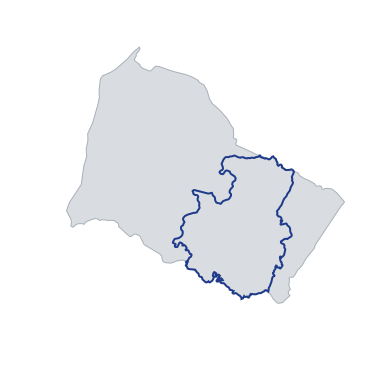 Northern on a map of Ghana (Albers equal-area conic projection), rotated 124°
{"feature_id": "GHA-2155", "entity_name": "Northern", "entity_type": "Region", "adm_level": 1, "iso_a3": "GHA", "parent_name": "Ghana", "parent_adm1": "", "projection": "albers", "projection_center": [-0.881, 9.332], "detail": "fine", "context": "in_parent", "style": "outline", "palette": "blue", "viewbox_px": 384, "rotation_deg": 124, "n_neighbors": 0, "source": "natural_earth", "source_scale": "10m", "svg_char_len": 8563}
<svg xmlns="http://www.w3.org/2000/svg" viewBox="0 0 384 384"><g transform="rotate(124 192 192)"><path d="M233.0,55.1L235.7,57.7L236.3,59.2L235.3,64.8L233.4,68.8L232.1,72.5L232.3,74.3L233.5,76.2L237.7,79.0L239.8,80.9L242.3,83.8L245.2,86.6L250.2,90.2L252.3,90.8L252.2,91.8L251.5,93.2L251.1,106.8L250.7,110.3L250.4,112.1L249.9,117.1L249.4,117.8L248.5,117.8L247.6,118.0L247.4,119.0L247.8,120.0L250.8,120.7L250.1,121.5L247.9,122.2L246.9,123.7L247.3,125.5L246.1,126.9L246.4,127.8L247.2,128.5L248.5,128.2L252.0,125.9L253.5,125.6L255.3,126.1L258.6,129.7L258.8,131.4L257.5,137.4L256.1,142.0L255.9,148.1L257.3,151.6L257.2,153.5L255.6,155.1L252.2,157.5L252.4,159.1L254.0,162.1L257.0,165.5L262.7,169.6L265.7,175.0L265.8,177.2L264.1,179.4L262.0,181.4L261.4,184.1L262.4,202.3L257.9,210.2L257.8,212.4L258.3,215.0L259.5,216.6L261.8,217.0L263.7,218.6L263.1,224.1L262.1,229.7L261.9,232.5L261.4,233.8L259.6,234.8L259.0,236.6L259.4,238.8L259.1,240.4L260.1,242.5L262.1,245.1L265.5,251.6L266.8,252.1L267.3,253.5L267.0,254.8L268.3,257.7L272.0,260.6L275.9,263.1L279.1,263.4L279.8,265.6L281.9,268.5L283.4,269.7L285.8,270.5L287.8,271.0L287.9,273.4L284.3,275.0L282.0,277.5L280.1,281.4L277.6,285.6L268.9,287.8L265.6,287.8L247.7,288.0L231.0,296.2L221.4,299.2L215.5,303.8L207.5,307.1L201.9,311.1L190.3,313.0L171.3,319.2L165.4,321.7L159.4,326.1L149.6,331.1L145.7,331.1L138.1,326.3L132.3,323.8L118.3,320.1L107.8,318.6L102.7,317.0L101.3,316.8L102.5,315.1L105.5,315.0L108.5,315.5L110.9,314.2L114.3,314.0L115.2,312.7L115.5,309.2L115.5,306.5L116.7,305.2L117.0,301.9L115.4,294.7L114.2,293.8L108.1,292.7L107.6,291.3L106.5,289.8L105.4,286.0L104.1,280.4L102.0,273.5L97.9,262.1L96.9,258.0L96.3,253.9L96.1,249.0L97.0,247.2L96.9,244.6L96.5,242.1L99.5,236.3L105.2,229.2L106.4,226.7L107.4,224.9L107.6,222.3L108.7,214.1L111.4,204.1L113.1,200.3L114.3,198.2L115.7,194.9L116.1,193.3L121.3,189.4L123.7,188.4L124.2,186.8L123.4,185.2L123.8,184.0L125.0,183.4L127.0,183.0L128.4,181.4L126.2,169.0L124.5,156.7L124.4,155.6L123.4,153.9L122.3,148.8L120.6,145.8L118.2,144.9L118.2,142.1L120.7,137.4L121.3,134.6L120.2,133.8L120.0,131.6L120.9,128.1L120.5,126.0L120.0,123.7L117.5,118.3L116.9,114.5L118.2,112.2L118.2,107.3L116.9,99.8L116.7,95.0L117.6,93.0L117.2,91.2L115.3,89.4L115.2,87.6L116.8,85.9L116.6,84.6L114.6,83.6L112.9,81.3L111.3,77.6L111.7,71.7L114.7,60.9L115.1,60.0L118.4,60.1L118.4,60.5L128.8,60.5L140.6,60.4L154.8,60.3L167.6,60.2L168.2,59.7L170.3,59.1L183.3,60.3L191.4,59.7L194.8,60.1L197.4,60.8L203.0,60.3L206.0,60.6L208.2,63.3L209.1,63.3L210.4,62.1L212.6,60.8L214.9,59.8L216.6,57.7L217.5,56.1L219.0,56.4L221.2,56.3L222.6,54.9L223.1,52.9L233.0,55.1Z" fill="#d9dde1" stroke="#a8b0b8" stroke-width="1"/><path d="M232.0,73.1L231.8,74.2L231.8,75.1L232.2,76.0L233.0,76.6L234.5,76.8L235.5,77.6L237.2,78.2L238.4,80.0L240.7,81.5L241.4,82.2L243.7,86.4L244.0,86.4L244.4,85.7L246.0,86.2L247.2,85.8L247.7,85.9L248.1,86.3L248.1,86.8L247.9,87.6L248.4,88.4L249.1,89.0L249.6,89.7L249.2,90.6L251.7,90.3L253.0,91.2L251.9,92.0L251.6,93.4L251.3,94.0L251.4,95.4L251.2,98.5L251.6,99.6L252.9,100.4L253.1,101.3L252.9,102.1L251.0,102.3L251.3,102.7L251.0,103.7L251.9,105.8L251.9,106.2L251.0,107.1L250.7,107.7L250.6,108.3L250.8,110.6L249.9,113.9L249.9,114.8L250.8,116.0L251.0,116.6L251.1,117.4L250.9,118.2L250.5,118.7L249.7,118.8L249.0,118.4L247.9,117.2L247.3,118.5L247.3,119.7L248.0,120.6L249.3,120.8L251.0,120.3L251.9,120.5L252.3,121.4L252.0,122.0L251.3,122.2L250.5,122.1L249.9,121.7L249.1,122.2L248.1,122.2L245.9,122.0L245.6,123.5L245.8,123.9L247.0,124.7L248.0,124.5L248.7,124.5L249.0,125.0L248.9,125.4L248.3,125.8L247.7,126.1L245.9,126.4L245.9,127.0L246.2,127.7L245.8,128.2L246.0,128.8L246.8,128.9L247.6,128.7L249.6,128.0L249.9,127.8L250.1,127.4L250.2,126.5L250.4,126.2L251.1,125.9L253.7,125.6L254.5,125.7L256.8,126.6L257.1,126.9L257.2,127.4L256.8,128.4L258.1,128.9L258.9,129.5L259.2,130.6L258.8,132.8L258.7,134.0L258.5,134.6L257.3,135.8L257.2,136.6L257.8,138.2L257.8,138.9L257.3,139.7L256.3,140.6L256.0,141.0L255.8,143.1L255.1,144.5L254.7,145.8L255.2,147.2L257.3,150.7L257.9,152.8L256.9,154.2L256.7,154.7L256.5,156.0L256.0,156.2L254.6,155.9L254.2,156.1L254.4,156.3L254.1,157.0L253.7,157.5L253.2,156.5L252.7,156.3L252.2,156.4L251.9,156.8L252.0,157.4L250.3,157.2L248.1,157.5L246.2,156.7L245.5,156.8L244.4,157.2L244.1,157.5L244.0,158.0L244.3,158.4L244.4,158.9L243.6,160.7L242.7,161.8L242.5,162.5L242.9,163.5L243.6,164.1L243.7,164.5L243.5,165.0L243.1,165.1L242.0,164.8L241.5,165.0L240.7,166.4L240.3,167.8L240.3,168.7L240.5,169.0L241.4,169.4L241.7,170.0L241.3,170.4L240.6,170.6L240.2,170.9L240.1,171.3L240.3,172.4L240.3,173.2L240.4,173.6L240.7,173.8L241.7,174.0L245.4,173.4L246.1,173.7L246.8,174.8L246.8,175.5L246.6,175.9L246.3,176.1L244.7,176.2L244.4,176.6L244.8,179.0L244.7,179.5L243.6,179.9L241.9,180.1L240.7,180.1L240.1,179.7L238.2,177.7L236.7,176.7L235.1,176.2L234.0,176.0L233.1,176.0L231.2,176.7L229.8,177.8L229.5,178.4L229.5,179.1L229.0,180.1L228.8,180.3L228.3,180.6L227.8,181.2L227.5,181.4L226.7,181.5L226.0,181.5L224.7,180.9L224.2,180.9L222.7,181.4L221.5,181.3L221.0,181.7L220.1,183.6L219.2,184.5L218.0,184.7L216.2,184.5L215.4,184.2L213.0,182.8L208.6,179.2L207.5,177.8L206.8,177.1L206.3,176.7L205.8,176.6L203.4,176.9L202.0,176.7L201.1,176.8L200.7,177.0L199.2,178.6L197.8,179.2L197.1,179.7L196.7,180.2L195.8,182.4L194.9,183.3L194.4,183.6L192.6,184.1L192.2,184.4L191.9,185.0L191.8,185.8L191.9,186.3L192.8,188.0L192.8,189.6L192.6,190.0L191.8,190.6L191.0,192.0L190.6,192.1L189.3,191.4L189.0,191.0L184.4,178.1L183.4,176.6L182.2,175.8L181.6,175.1L181.8,174.5L183.2,172.9L183.4,171.0L183.7,170.1L186.2,167.8L187.0,166.2L187.0,165.5L186.9,164.8L186.2,163.3L185.8,161.7L185.2,161.4L183.6,161.4L182.0,161.0L179.5,159.3L178.0,157.9L177.4,157.6L176.4,157.4L174.1,157.5L173.0,157.7L172.2,158.3L171.8,158.8L171.4,160.5L171.1,160.8L169.9,161.4L167.9,161.6L165.1,161.1L164.0,161.5L163.5,162.6L163.1,163.0L161.3,163.7L158.1,162.7L156.3,163.4L155.8,164.2L155.4,165.0L155.2,165.9L155.3,169.5L155.1,170.3L154.7,171.2L153.9,172.3L154.3,173.4L154.3,174.2L154.9,175.5L155.4,175.9L157.0,176.2L158.7,176.1L160.0,176.4L160.7,178.0L160.8,178.8L160.6,179.6L160.2,180.2L159.4,180.4L158.5,180.2L156.7,179.3L155.7,179.2L154.8,179.7L153.2,181.6L152.5,182.8L152.0,183.2L147.9,184.0L146.0,184.0L144.5,183.7L143.7,182.9L142.6,181.1L141.3,180.4L140.1,178.8L139.5,178.3L138.3,177.5L137.9,176.9L137.5,174.2L137.2,172.6L136.4,170.9L135.6,170.6L135.1,169.7L134.6,169.1L134.3,168.3L134.5,167.5L133.4,165.2L132.4,164.6L131.8,163.1L130.2,161.8L129.0,159.5L128.4,158.9L127.8,158.9L126.0,157.0L124.7,156.3L124.5,156.1L123.9,156.4L123.7,156.1L123.8,155.5L124.6,155.0L124.6,154.4L123.8,151.4L123.6,150.3L122.8,149.9L122.2,147.9L122.1,147.0L121.9,146.3L120.8,145.7L119.7,145.4L118.0,145.3L117.0,144.5L117.4,143.9L117.6,143.2L117.7,141.0L117.8,140.7L118.8,139.7L120.0,137.4L121.4,136.7L121.9,135.9L122.0,135.1L121.3,134.7L120.5,134.5L119.9,134.1L119.6,133.4L119.7,132.6L120.1,132.0L121.2,131.4L121.4,130.7L121.4,129.5L121.2,128.4L121.4,127.0L121.3,126.4L119.2,123.7L117.7,122.3L117.5,121.8L117.5,120.4L117.7,119.7L118.1,119.1L118.6,118.6L123.6,117.7L124.3,117.1L124.9,116.2L126.7,115.4L127.5,113.7L128.3,113.3L129.6,113.0L132.3,112.9L136.2,111.7L140.3,111.9L141.9,111.5L143.0,111.4L145.7,111.8L147.3,111.7L152.9,110.5L155.7,110.7L157.1,110.5L159.4,110.8L160.5,110.8L160.7,110.7L161.6,109.4L162.0,109.2L163.2,108.8L163.5,108.3L163.9,106.7L163.7,106.2L163.3,105.5L163.3,104.3L163.6,103.4L163.9,103.0L165.1,102.4L166.1,102.5L166.5,102.2L166.5,101.9L166.4,101.7L165.5,101.4L165.4,101.2L166.6,100.9L167.3,101.1L168.0,101.1L169.3,100.5L169.4,100.2L169.3,99.9L165.7,96.6L165.4,96.3L165.4,96.0L166.3,94.2L166.5,92.2L166.9,91.0L167.9,89.9L169.6,88.6L170.2,88.0L171.3,86.0L171.9,85.3L172.2,85.1L172.9,84.9L173.7,85.0L176.2,86.2L177.6,86.6L177.9,87.6L178.7,88.3L179.1,89.0L179.9,89.2L181.2,89.9L182.4,90.0L182.6,90.1L182.8,90.5L183.3,90.6L184.1,90.1L184.4,89.6L184.4,88.5L184.0,86.8L184.2,86.1L184.7,85.4L186.5,84.4L187.1,83.0L187.5,82.5L192.4,80.6L193.2,80.5L195.0,80.8L195.7,81.2L197.0,81.3L196.9,81.6L196.1,82.6L196.3,82.8L196.5,82.8L197.5,82.2L199.5,80.3L199.9,79.5L200.3,79.0L200.4,78.1L201.8,77.2L202.1,75.9L202.4,75.8L205.4,75.8L206.0,76.0L206.2,76.7L205.8,77.2L205.8,77.6L206.5,78.3L206.7,79.1L206.5,79.8L205.9,80.4L205.8,80.8L206.0,81.1L206.6,80.8L207.2,81.1L207.4,81.1L207.8,80.8L208.3,80.2L208.8,79.9L210.2,79.9L210.8,80.1L211.3,80.0L211.9,79.6L212.4,79.4L212.9,79.4L213.5,79.7L214.0,79.5L214.5,79.0L214.8,77.5L215.3,76.8L215.8,76.8L216.5,77.4L217.8,77.5L218.9,77.2L222.1,75.9L226.4,74.9L228.5,74.7L231.2,73.3L232.0,73.1Z" fill="none" stroke="#1e3a8a" stroke-width="2"/></g></svg>